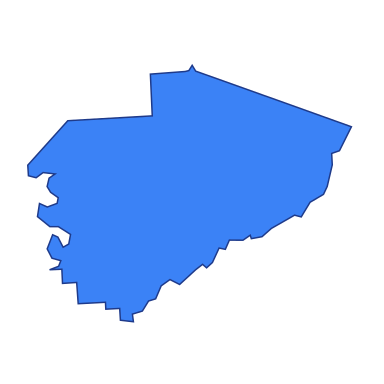 outline of Yazoo, Mississippi, United States of America, rotated 357°
{"feature_id": "52423323B4494633873446", "entity_name": "Yazoo", "entity_type": "district", "adm_level": 2, "iso_a3": "USA", "parent_name": "United States of America", "parent_adm1": "Mississippi", "projection": "mercator", "projection_center": [-90.462, 32.763], "detail": "fine", "context": "isolated", "style": "filled", "palette": "blue", "viewbox_px": 384, "rotation_deg": 357, "n_neighbors": 0, "source": "geoboundaries", "source_scale": "gbopen_adm2", "svg_char_len": 1020}
<svg xmlns="http://www.w3.org/2000/svg" viewBox="0 0 384 384"><g transform="rotate(357 192 192)"><path d="M354.6,135.2L270.9,100.2L269.4,99.6L202.0,71.5L198.8,65.5L195.2,70.6L191.5,71.3L156.6,72.1L156.3,113.9L71.7,114.3L29.4,156.6L29.5,167.2L37.1,169.6L44.3,164.8L56.2,166.8L50.0,170.7L47.6,179.0L50.8,184.9L58.1,190.7L56.7,196.3L46.7,199.4L39.1,195.5L36.4,208.5L48.3,219.2L56.7,219.6L68.5,228.0L66.2,237.5L60.4,240.4L55.7,230.0L50.6,227.4L44.4,241.2L48.7,250.8L57.4,253.7L54.9,259.2L45.7,262.2L58.0,262.3L57.9,276.5L72.1,276.3L72.2,281.1L72.5,297.6L99.8,297.6L99.8,304.5L113.7,304.5L113.8,316.3L126.7,318.5L126.1,310.8L136.2,308.3L142.9,298.6L150.1,296.8L156.3,284.1L165.4,278.3L174.8,283.7L191.6,269.8L198.8,264.8L202.6,268.5L208.7,263.5L216.1,249.4L222.3,251.0L226.8,242.0L240.4,242.8L247.9,238.2L248.8,241.7L259.6,240.3L269.4,232.5L293.2,220.5L299.8,222.6L302.2,219.0L309.4,208.4L323.2,201.2L327.3,193.6L333.5,172.2L333.5,160.8L341.4,158.5L354.6,135.2Z" fill="#3b82f6" stroke="#1e3a8a" stroke-width="1.5"/></g></svg>